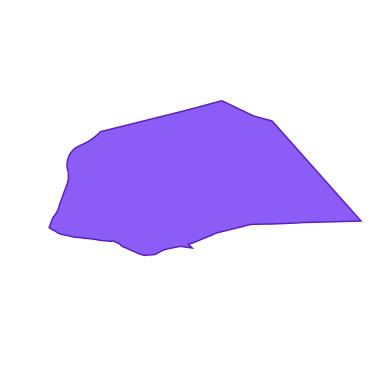 Grande Riviere/Postlewaithe, Gros Islet, Saint Lucia (Natural Earth projection), rotated 68°
{"feature_id": "8701671B10801688655736", "entity_name": "Grande Riviere/Postlewaithe", "entity_type": "district", "adm_level": 2, "iso_a3": "LCA", "parent_name": "Saint Lucia", "parent_adm1": "Gros Islet", "projection": "natural_earth1", "projection_center": [-60.952, 14.042], "detail": "fine", "context": "isolated", "style": "filled", "palette": "violet", "viewbox_px": 384, "rotation_deg": 68, "n_neighbors": 0, "source": "geoboundaries", "source_scale": "gbopen_adm2", "svg_char_len": 1690}
<svg xmlns="http://www.w3.org/2000/svg" viewBox="0 0 384 384"><g transform="rotate(68 192 192)"><path d="M282.2,46.2L156.2,91.1L144.5,106.5L119.7,129.1L118.5,130.5L113.9,168.0L101.8,254.0L103.6,258.7L104.8,262.7L105.4,265.0L106.0,267.6L106.5,271.2L106.6,272.1L107.0,276.8L106.9,277.6L107.0,279.3L107.2,281.3L107.6,284.1L108.6,286.6L109.1,287.7L109.6,288.6L111.0,290.9L112.3,292.2L114.0,294.0L114.9,294.7L115.8,295.4L117.5,296.4L119.7,297.7L120.6,298.0L121.3,298.3L122.3,298.5L123.1,298.7L125.2,299.0L127.5,299.3L129.2,300.0L131.2,300.8L132.1,301.1L133.0,301.4L134.0,302.1L135.1,302.8L136.6,303.8L137.6,304.5L140.3,307.0L142.9,309.5L145.1,311.4L147.0,313.1L148.3,314.3L149.6,315.4L151.4,317.1L152.2,317.8L153.8,319.4L155.3,320.4L157.3,322.0L159.1,323.8L160.0,325.0L160.5,325.6L162.1,327.8L163.4,330.0L164.1,331.1L171.5,337.8L174.8,335.6L175.6,334.8L176.7,333.7L179.8,331.7L181.6,329.8L182.4,328.9L184.9,325.2L186.6,322.3L187.7,321.0L188.9,319.4L190.1,317.5L190.7,316.3L192.1,313.2L192.6,312.4L194.3,309.6L195.5,307.3L195.9,306.4L197.3,303.7L197.9,302.7L199.6,299.6L201.4,296.8L202.6,295.0L203.2,294.0L203.8,292.7L204.7,290.6L206.8,286.9L207.3,285.6L207.9,283.5L210.5,280.9L213.1,278.6L214.9,277.8L216.1,277.3L219.4,273.9L223.7,269.9L229.8,263.9L233.0,259.8L233.9,256.5L235.3,252.5L236.1,249.5L235.4,244.0L235.2,238.3L235.7,235.5L235.9,234.3L236.3,231.9L237.1,227.9L237.5,225.9L238.1,223.0L239.9,220.0L244.0,212.8L239.1,214.8L239.5,210.4L239.5,206.0L239.4,194.0L239.4,190.8L239.2,187.5L239.3,183.8L242.6,160.8L243.1,156.9L243.5,153.5L243.8,151.5L244.6,148.1L249.8,134.4L250.9,131.9L260.4,105.2L261.8,100.8L279.6,53.2L282.2,46.2Z" fill="#8b5cf6" stroke="#5b21b6" stroke-width="1.5"/></g></svg>